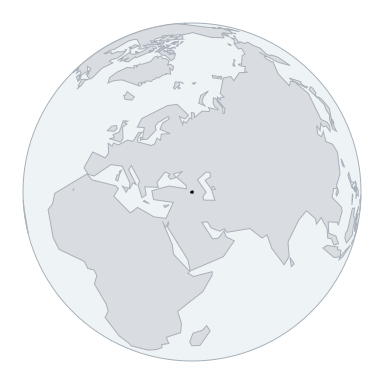 globe centered on Aragatsotn
{"feature_id": "ARM-1553", "entity_name": "Aragatsotn", "entity_type": "Province", "adm_level": 1, "iso_a3": "ARM", "parent_name": "Armenia", "parent_adm1": "", "projection": "orthographic", "projection_center": [44.108, 40.464], "detail": "fine", "context": "on_globe", "style": "filled", "palette": "ink", "viewbox_px": 384, "rotation_deg": 0, "n_neighbors": 0, "source": "natural_earth", "source_scale": "10m", "svg_char_len": 10768}
<svg xmlns="http://www.w3.org/2000/svg" viewBox="0 0 384 384"><circle cx="192" cy="192" r="169" fill="#eef3f6" stroke="#a8b0b8"/><path d="M166.8,24.9L167.0,24.9L172.8,24.2L176.3,23.8L189.2,25.0L208.0,27.4L215.6,27.5L212.6,28.3L228.2,28.8L239.5,31.6L225.7,28.9L223.5,29.1L230.6,31.0L229.9,31.7L232.9,33.1L231.4,33.9L223.4,32.7L222.3,33.3L227.4,34.7L229.1,36.7L221.8,34.5L224.0,37.8L211.1,37.4L192.6,32.6L184.4,34.5L162.5,35.8L163.4,36.9L155.7,38.7L153.8,40.9L150.3,40.9L151.9,42.7L155.5,42.3L157.4,43.0L156.6,44.4L152.0,44.5L151.7,43.8L149.9,44.6L147.9,44.1L148.5,45.1L142.9,45.4L147.2,47.2L141.9,49.2L138.5,48.8L140.4,46.1L137.4,39.8L134.6,39.3L128.7,40.9L114.3,49.3L110.5,50.2L104.3,53.4L105.6,53.9L110.9,51.7L111.8,53.9L118.3,51.4L119.6,52.1L125.6,51.0L123.0,54.3L117.1,58.2L112.0,59.4L109.3,61.3L112.8,62.9L101.9,68.3L92.4,77.7L89.8,79.1L87.2,76.0L90.8,68.6L87.4,66.3L87.8,71.1L81.2,75.0L79.4,77.2L78.7,79.1L80.5,79.1L77.9,81.3L76.5,76.9L78.9,74.8L79.3,76.1L80.9,72.9L79.9,70.7L76.7,73.2L78.7,68.4L76.4,70.3L75.5,70.5L79.1,67.7L72.8,72.9L73.8,71.3L83.6,62.4L94.0,54.4L105.0,47.1L116.6,40.8L128.7,35.4L141.1,30.9L153.8,27.4L166.8,24.9ZM23.2,200.1L24.2,209.7L26.7,224.4L28.1,232.3L28.2,233.3L24.9,216.8L23.2,200.1ZM173.1,24.1L178.0,23.7L173.0,24.1L169.1,24.6L173.1,24.1ZM187.4,23.6L184.8,23.7L183.5,23.4L185.4,23.4L187.4,23.6ZM221.3,27.8L217.3,27.1L221.4,27.6L221.3,27.8ZM233.6,33.2L234.9,33.3L235.9,34.0L233.6,33.2ZM126.6,49.4L126.1,50.2L125.3,49.9L126.6,49.4ZM129.7,48.2L129.1,47.4L130.5,46.7L130.9,47.3L129.7,48.2ZM234.5,36.0L235.7,37.4L233.1,35.7L234.5,36.0ZM130.1,49.4L133.0,45.7L135.5,44.7L138.8,45.9L130.1,49.4ZM235.5,38.1L238.5,41.9L241.7,42.2L234.2,43.8L234.2,39.8L230.5,37.6L233.9,38.5L235.5,38.1ZM156.9,41.6L153.1,42.1L157.0,40.5L156.9,41.6ZM159.0,40.5L168.3,35.3L173.6,35.6L169.4,37.1L176.8,36.8L174.9,39.4L170.3,40.2L167.3,39.4L168.8,41.1L159.0,40.5ZM229.6,44.2L229.1,45.1L228.1,44.0L229.6,44.2ZM158.4,43.2L159.8,42.0L164.5,42.2L162.6,44.6L161.7,43.7L158.4,43.2ZM179.8,35.5L182.9,36.2L182.2,38.5L183.3,39.1L175.3,39.5L179.8,35.5ZM160.2,44.4L161.5,45.9L158.6,47.1L157.4,44.4L160.2,44.4ZM166.6,41.2L168.7,41.5L166.9,42.1L166.6,41.2ZM149.0,52.8L150.5,51.1L153.1,51.0L149.0,52.8ZM162.1,46.3L163.1,45.9L164.3,45.7L164.5,47.0L162.1,46.3ZM175.3,41.2L174.3,42.1L178.6,41.1L178.2,43.0L172.9,43.0L175.0,43.8L174.9,44.4L170.7,43.8L175.3,41.2ZM168.3,47.8L161.4,48.8L157.9,51.8L155.5,52.0L161.6,47.1L168.3,47.8ZM170.1,45.4L168.4,46.9L166.3,46.2L166.1,44.8L170.1,45.4ZM179.8,44.3L181.8,41.5L182.9,41.6L179.8,44.3ZM167.7,48.7L169.4,48.5L167.7,49.0L167.7,48.7ZM176.6,45.8L177.1,44.7L178.3,44.8L176.6,45.8ZM172.3,49.0L170.0,49.3L169.8,48.3L172.3,49.0ZM174.6,47.6L176.1,48.1L171.1,47.8L174.6,47.1L174.6,47.6ZM177.6,46.1L178.5,45.8L177.2,46.5L177.6,46.1ZM174.3,52.9L168.0,52.7L167.6,50.4L173.8,50.8L174.3,52.9ZM53.2,237.8L48.1,209.5L52.6,203.8L54.8,193.3L86.9,174.0L92.2,179.9L115.7,185.8L118.4,188.4L113.9,196.3L130.3,213.0L137.5,207.4L154.0,216.9L166.0,218.4L173.3,202.4L153.6,199.6L151.8,190.8L168.9,186.0L186.4,188.8L186.2,185.5L176.6,177.3L182.0,171.7L173.4,173.9L175.9,177.6L170.6,179.3L168.0,176.1L170.0,174.1L165.2,172.0L156.8,182.5L158.4,187.3L144.8,186.8L146.1,195.0L141.9,197.7L138.1,185.0L139.6,180.9L131.3,165.6L128.6,169.7L136.2,184.6L133.1,182.8L129.5,189.2L129.9,182.9L122.3,166.2L111.0,164.6L94.1,176.0L88.0,174.2L84.0,167.7L92.7,152.0L105.4,157.9L108.6,153.1L108.2,143.2L112.1,146.1L113.5,143.0L118.4,144.9L127.6,140.1L133.0,141.4L138.6,132.5L142.2,132.1L137.8,137.3L137.7,141.9L151.3,145.5L154.6,144.1L157.1,138.2L160.6,140.2L161.3,134.1L170.2,133.6L160.0,129.3L162.7,122.9L169.2,119.1L168.3,116.4L157.8,122.7L155.2,126.1L156.0,130.0L147.4,139.2L142.3,139.6L144.3,127.6L137.3,127.1L141.9,118.5L167.4,105.7L177.0,104.3L188.6,115.3L185.1,118.9L179.3,116.7L182.8,124.6L183.4,121.1L186.3,123.0L189.6,117.9L191.8,119.0L191.3,112.4L194.3,113.2L194.6,117.4L202.2,111.1L209.1,111.6L209.7,109.7L208.5,107.5L218.0,110.0L218.1,108.5L215.0,107.1L213.1,103.3L213.5,97.8L216.8,99.0L217.1,101.1L222.7,107.6L223.0,113.5L224.4,113.4L224.9,108.6L218.1,100.6L217.4,97.1L221.1,100.3L219.7,98.8L220.4,97.4L224.1,97.2L220.2,93.5L223.3,78.0L230.8,76.5L233.8,80.8L239.4,72.6L247.5,72.4L244.6,71.0L245.4,66.6L242.8,66.5L241.5,65.6L242.2,55.4L245.0,54.3L242.0,49.1L240.5,48.5L238.3,49.0L234.2,43.8L241.7,42.2L244.7,43.6L247.4,42.1L253.8,45.7L260.4,48.3L265.9,53.8L270.6,55.7L271.1,54.9L277.9,57.2L290.1,65.5L278.0,62.2L259.2,52.4L266.7,56.4L264.3,56.7L266.6,58.9L271.9,62.0L272.9,61.6L278.1,73.8L289.5,85.9L290.4,81.3L294.6,81.9L308.4,93.6L321.0,119.4L326.9,122.1L329.7,126.0L330.2,131.4L326.0,125.9L323.2,126.8L320.7,123.1L320.1,130.6L316.6,125.6L317.8,134.3L321.4,136.7L323.3,131.6L325.9,141.6L332.5,144.2L337.4,152.0L340.0,173.8L336.5,185.5L337.1,188.6L333.6,188.4L332.1,197.4L341.2,206.8L342.1,211.2L338.2,225.3L337.5,222.3L328.2,221.9L328.8,233.3L335.9,236.1L338.5,243.7L334.0,245.0L331.1,238.5L327.8,238.1L327.1,228.7L321.2,217.6L316.5,224.1L315.3,218.5L306.5,210.8L298.9,219.7L288.0,241.9L289.1,256.4L284.2,264.8L271.8,248.4L267.1,234.9L262.1,238.0L249.8,228.5L227.0,232.3L224.2,228.7L219.8,231.2L211.3,228.0L207.3,221.7L201.9,222.5L212.6,238.9L218.5,238.1L224.1,230.8L226.0,236.7L234.3,240.9L223.3,256.7L190.2,270.9L187.9,259.9L167.5,227.0L168.6,223.3L168.5,222.9L168.3,222.1L165.5,227.9L162.3,221.1L172.3,244.7L173.5,254.2L189.7,271.5L188.0,273.2L193.5,276.5L212.1,271.7L212.1,275.2L202.7,291.7L177.6,311.4L181.5,323.5L180.6,332.7L166.2,337.3L168.8,343.5L161.6,344.6L162.0,347.5L156.9,349.5L147.9,350.1L131.3,345.9L129.2,343.4L119.3,336.0L105.1,317.5L108.2,311.2L106.3,304.2L94.4,284.0L96.9,275.5L94.0,270.1L87.8,268.4L84.5,261.7L80.9,259.7L59.1,249.4L53.2,237.8ZM74.1,188.1L72.8,191.1L74.1,188.1ZM203.9,200.1L214.9,200.3L211.6,189.8L215.5,189.1L212.9,186.0L211.3,189.1L205.1,180.3L210.5,176.9L209.9,172.3L206.2,172.1L197.4,179.7L206.1,192.1L202.9,196.6L203.9,200.1ZM81.3,75.2L81.3,75.7L80.2,77.9L79.7,77.3L81.3,75.2ZM81.1,85.7L76.9,89.1L79.6,86.1L78.1,85.8L81.9,79.4L88.7,79.4L84.9,80.4L81.1,85.7ZM88.8,71.5L85.6,75.1L88.8,71.1L88.8,71.5ZM116.2,125.4L117.2,128.3L114.2,131.3L107.4,130.7L111.6,126.3L116.2,125.4ZM119.3,132.0L123.2,120.8L127.6,121.1L124.4,122.7L127.0,124.0L122.6,127.1L123.0,138.7L120.4,142.1L109.2,138.6L114.3,137.7L113.0,134.7L119.3,132.0ZM125.4,95.4L127.1,91.6L134.4,97.0L131.9,100.0L125.0,99.4L123.8,95.4L125.4,95.4ZM135.5,52.7L135.7,51.5L137.0,51.4L137.9,52.3L135.5,52.7ZM149.5,52.0L136.0,57.8L135.5,56.7L128.2,61.9L124.1,61.2L129.0,57.7L120.4,61.3L123.1,57.8L117.4,60.7L128.8,53.1L130.9,50.5L130.1,53.6L133.7,54.4L136.0,53.9L144.0,50.8L150.4,45.9L155.1,46.2L156.7,47.7L155.9,48.9L153.1,48.3L154.0,50.4L149.3,50.4L149.5,52.0ZM172.6,70.4L169.7,68.2L170.7,74.1L166.1,73.5L166.5,74.2L162.4,75.4L158.2,78.1L156.4,77.3L155.5,78.8L152.8,79.7L151.1,81.5L147.1,80.8L144.6,83.0L144.2,81.5L140.9,85.6L141.6,82.3L138.1,83.4L139.4,86.0L122.2,79.9L114.6,80.5L107.9,83.0L109.8,77.5L117.3,72.0L127.1,67.5L134.2,68.0L133.8,65.7L137.1,65.3L136.1,67.3L139.6,64.0L142.0,64.3L150.8,61.5L154.4,57.1L157.7,56.1L157.5,58.0L160.9,55.8L162.7,58.8L165.1,58.3L169.3,60.9L167.5,65.2L170.3,64.3L173.6,66.5L172.6,70.4ZM175.4,53.7L174.3,58.5L171.2,60.6L165.2,55.2L162.7,55.3L158.8,52.3L163.4,49.3L164.1,50.4L165.8,50.8L163.7,51.6L166.7,51.3L167.8,52.9L170.4,53.1L169.3,54.6L175.4,53.7ZM122.5,186.2L124.7,187.3L128.5,188.1L126.2,192.3L122.5,186.2ZM117.1,174.8L119.3,175.0L117.9,180.9L115.6,179.9L117.1,174.8ZM121.6,170.2L119.5,174.5L119.3,171.6L121.6,170.2ZM140.0,137.3L142.4,137.3L142.3,138.8L140.4,140.5L140.0,137.3ZM174.5,89.1L173.4,87.2L174.4,86.7L175.2,81.9L178.7,82.2L179.6,85.2L174.5,89.1ZM169.3,204.9L165.1,207.6L163.6,205.9L165.3,205.3L169.3,204.9ZM144.2,200.4L149.4,203.7L143.5,201.5L144.2,200.4ZM178.5,88.7L178.4,86.6L180.2,88.1L178.5,88.7ZM181.3,82.3L183.6,83.5L179.2,81.8L181.3,82.3ZM210.1,330.9L200.0,345.5L191.8,345.7L189.7,341.9L193.0,333.2L202.3,330.3L206.7,325.6L210.1,330.9ZM352.8,241.6L353.9,239.2L353.7,239.8L352.8,241.6ZM351.8,242.7L353.3,239.5L351.3,244.5L351.8,242.7ZM353.9,238.2L355.4,233.6L356.1,231.2L355.8,232.7L353.9,238.2ZM350.6,245.0L342.7,256.7L339.1,259.7L340.3,256.5L346.1,249.7L350.6,245.0ZM340.0,256.8L334.0,257.5L323.0,248.1L327.0,245.4L337.9,247.0L337.3,249.5L341.0,250.3L340.0,256.8ZM353.0,228.4L352.3,234.7L348.3,240.9L346.3,242.9L344.9,237.7L345.7,232.8L347.5,230.6L352.4,208.3L354.5,208.0L353.5,216.4L355.1,218.6L353.0,228.4ZM289.9,257.4L294.3,263.9L291.3,266.6L289.9,257.4ZM352.9,195.3L351.9,204.9L352.3,193.7L352.9,195.3ZM352.2,186.0L353.0,188.6L351.6,187.5L352.2,186.0ZM338.5,192.7L336.7,195.9L335.9,193.9L337.7,188.6L338.5,192.7ZM341.1,158.7L343.8,164.8L344.4,167.4L342.3,164.9L341.1,158.7ZM208.4,91.0L203.3,97.0L202.0,102.1L205.0,105.9L198.7,103.3L200.7,95.4L208.4,91.0ZM221.1,79.4L218.5,76.4L221.0,76.3L221.9,76.9L221.1,79.4ZM218.5,78.6L212.8,77.8L212.2,75.3L216.9,76.3L218.5,78.6ZM195.5,82.7L193.8,84.4L192.4,83.1L195.5,82.7ZM357.5,225.9L355.4,234.8L357.4,226.2L357.8,224.5L357.5,225.9ZM360.8,198.9L360.6,201.0L360.9,195.1L360.8,198.9ZM359.4,212.6L359.2,214.3L359.0,214.6L359.4,212.6ZM360.3,206.9L359.7,211.4L359.8,209.8L360.3,206.9L360.3,206.9ZM356.0,217.9L356.5,220.1L358.0,213.9L356.8,220.2L357.3,223.2L356.8,226.3L356.4,222.8L355.4,230.2L354.7,231.8L354.7,227.3L355.7,218.7L356.4,214.1L358.9,205.7L356.0,217.9ZM360.0,205.5L359.8,202.5L359.9,198.9L360.2,199.8L360.0,205.5ZM358.2,196.0L356.6,194.3L355.9,198.9L356.6,186.5L358.2,190.2L358.2,196.0ZM355.7,188.0L355.1,192.3L355.2,185.7L355.7,188.0ZM354.5,191.3L353.6,188.2L354.5,186.7L354.5,191.3ZM356.1,186.8L355.0,180.6L356.1,183.0L356.1,186.8ZM351.2,181.6L354.4,182.7L351.5,186.0L347.9,175.3L348.8,172.6L351.2,181.6ZM334.1,124.3L331.9,121.9L331.8,119.0L333.4,121.5L334.1,124.3ZM329.4,108.4L331.1,117.5L332.1,125.3L333.4,125.1L336.5,131.3L332.7,128.9L329.6,119.8L329.5,114.9L326.3,110.1L324.2,104.5L319.7,100.0L317.8,96.6L321.8,99.3L329.4,108.4ZM317.7,98.3L309.2,89.7L310.4,86.8L312.6,88.1L316.0,93.1L315.1,94.3L317.7,98.3ZM307.5,86.9L306.6,88.1L292.1,80.3L289.3,78.0L301.0,81.8L300.8,83.3L304.1,85.9L307.5,86.9ZM231.0,45.4L229.3,45.1L230.6,44.7L231.0,45.4ZM240.1,65.7L238.5,64.3L240.1,63.7L240.1,65.7ZM235.0,60.3L234.3,61.9L233.7,59.7L235.0,60.3ZM232.9,65.7L233.4,62.3L234.9,66.3L232.9,65.7Z" fill="#d9dde1" stroke="#a8b0b8" stroke-width="1"/><path d="M191.1,192.7L190.9,192.5L190.9,192.4L190.9,192.2L191.0,192.2L191.2,191.9L191.3,191.9L191.5,192.0L191.7,191.9L191.8,191.9L191.8,192.0L192.0,192.0L192.0,191.9L192.2,191.7L191.9,191.5L192.0,191.4L192.1,191.2L192.3,191.3L192.3,191.2L192.5,191.2L192.7,191.3L192.7,191.5L192.9,191.7L193.0,191.7L193.0,191.8L192.9,192.1L192.9,192.3L192.7,192.5L192.7,192.8L192.5,192.7L192.4,192.7L192.2,192.7L192.1,192.8L191.8,192.8L191.7,192.8L191.7,192.7L191.4,192.6L191.2,192.6L191.1,192.7Z" fill="#0f172a" stroke="#020617" stroke-width="1.5"/></svg>